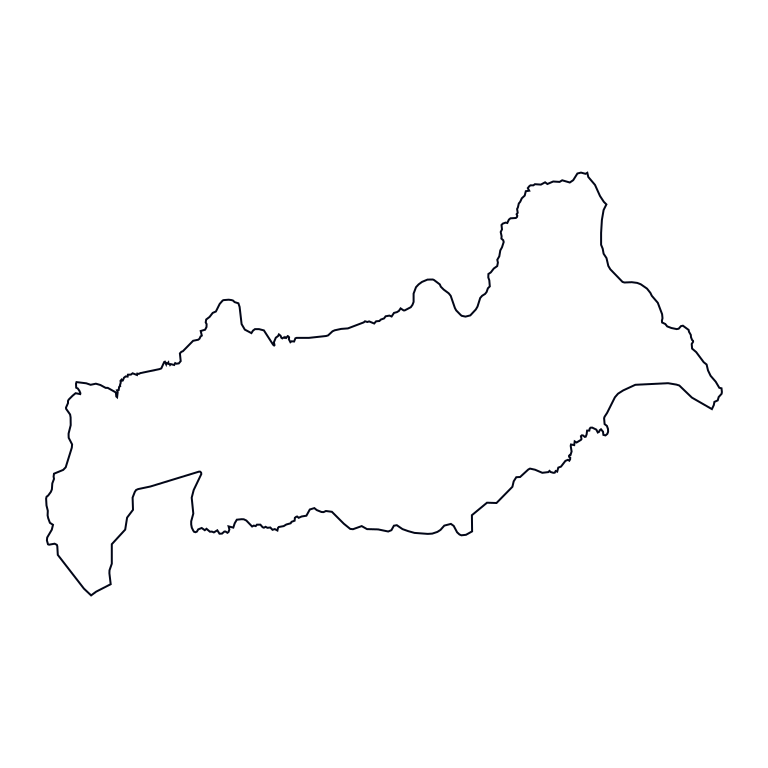 Anouvong, Vientiane, Laos
{"feature_id": "54806243B81229078685154", "entity_name": "Anouvong", "entity_type": "district", "adm_level": 2, "iso_a3": "LAO", "parent_name": "Laos", "parent_adm1": "Vientiane", "projection": "natural_earth1", "projection_center": [103.023, 18.902], "detail": "fine", "context": "isolated", "style": "outline", "palette": "ink", "viewbox_px": 768, "rotation_deg": 0, "n_neighbors": 0, "source": "geoboundaries", "source_scale": "gbopen_adm2", "svg_char_len": 6072}
<svg xmlns="http://www.w3.org/2000/svg" viewBox="0 0 768 768"><path d="M76.5,382.1L76.0,383.7L76.2,387.7L77.8,388.5L79.4,390.8L80.4,393.2L80.2,394.1L75.6,393.2L72.6,395.7L68.7,399.6L68.0,401.0L68.0,403.1L66.0,407.6L66.1,408.8L70.1,414.5L70.6,417.4L70.7,425.2L68.6,433.5L68.6,435.5L68.7,437.8L72.1,444.4L71.8,447.7L65.7,467.3L63.2,469.9L54.0,473.7L53.6,476.6L54.0,478.9L52.3,483.4L51.9,489.3L50.9,491.8L48.2,495.5L46.6,496.7L46.1,498.6L46.5,505.5L47.8,510.8L47.6,515.4L48.2,518.2L49.9,522.8L53.0,524.8L51.8,529.7L47.2,537.5L46.9,540.4L48.0,544.3L49.1,544.7L54.6,543.7L56.8,544.8L57.3,546.2L57.8,554.9L83.9,588.6L91.1,595.4L96.1,591.7L110.7,584.2L109.4,573.3L109.5,570.3L111.8,563.7L111.8,544.2L125.2,529.6L127.1,517.6L133.0,509.8L132.6,497.6L134.8,491.9L136.1,490.0L138.1,489.1L150.4,486.5L199.1,471.6L200.2,471.7L201.1,472.6L201.3,474.1L193.7,490.0L191.7,497.7L193.3,513.6L191.2,521.3L191.2,524.5L191.8,527.7L193.3,530.7L194.1,531.8L195.5,532.2L196.9,531.6L198.2,529.4L201.7,528.0L204.8,530.2L206.5,528.8L209.9,531.7L211.9,531.6L213.9,532.4L217.3,530.3L219.5,533.7L222.0,533.6L224.4,531.5L225.5,531.5L227.4,532.8L228.5,532.0L229.4,529.5L228.6,526.4L233.3,527.6L234.7,523.3L236.8,519.7L241.7,519.2L243.8,519.3L246.3,520.5L252.1,526.5L253.8,525.6L255.7,526.1L256.9,524.7L260.4,524.7L262.6,527.2L263.9,527.7L265.6,526.8L267.4,527.8L270.3,527.5L272.5,529.8L274.8,529.1L277.4,530.5L278.0,527.9L278.8,527.0L283.7,526.1L286.3,524.5L290.6,523.3L291.6,521.8L294.6,520.7L294.9,517.8L296.2,516.8L297.1,516.5L298.7,517.8L301.6,516.5L306.4,515.7L309.8,509.5L314.3,508.1L316.8,510.1L321.5,512.0L323.6,512.1L325.9,511.0L331.9,511.8L343.8,523.7L350.2,528.9L353.0,529.2L361.7,526.1L367.0,529.1L378.1,529.4L388.2,531.5L391.4,530.2L393.9,525.7L396.8,525.2L402.5,529.1L408.1,531.1L414.5,532.9L427.8,533.9L432.3,533.6L437.4,531.9L440.5,529.9L444.3,525.6L450.9,523.9L453.7,525.9L457.1,532.3L459.5,534.5L461.4,535.3L466.0,534.8L472.1,531.4L471.9,515.2L487.0,502.7L496.5,503.0L512.4,486.8L513.7,481.3L516.3,477.2L520.1,477.0L528.3,469.5L530.0,468.6L535.0,469.7L542.3,472.8L548.3,472.1L549.5,470.9L550.6,472.0L553.3,472.8L554.7,472.7L555.7,471.0L557.2,471.6L558.3,467.6L561.0,466.6L565.4,460.9L568.0,459.8L569.3,460.7L570.1,459.4L570.2,457.6L569.1,456.8L569.0,455.9L569.8,454.9L570.5,455.0L571.6,451.5L570.7,445.9L571.0,444.5L574.2,445.1L574.7,441.4L576.6,442.5L580.9,439.9L581.5,439.0L580.9,436.2L581.9,435.3L583.1,435.5L584.8,436.9L585.7,436.7L586.6,434.4L587.1,430.6L589.3,430.6L589.7,428.7L590.5,427.7L592.2,427.6L596.3,429.6L597.8,432.5L599.1,431.8L599.7,430.3L601.0,429.3L603.0,431.7L603.4,434.9L605.5,435.4L607.3,433.9L608.1,431.8L608.0,429.0L606.9,425.9L604.6,424.1L604.1,418.2L604.6,416.7L607.1,412.9L614.9,397.3L618.0,393.7L623.2,390.4L635.3,384.8L668.1,383.2L676.4,384.6L679.3,385.5L691.9,397.6L711.9,409.1L713.8,405.1L714.4,401.9L717.7,400.4L718.7,397.0L721.6,393.8L721.9,392.0L721.5,388.3L719.3,387.8L715.7,381.7L710.6,375.8L708.0,370.4L706.6,364.5L703.7,362.2L696.2,352.1L692.1,348.6L691.7,344.0L693.1,341.8L693.0,340.8L692.1,340.0L691.0,337.2L690.8,334.9L689.0,331.8L688.6,329.9L682.9,325.7L681.0,326.1L678.7,328.7L676.7,329.1L671.4,328.0L667.2,326.4L665.3,324.0L662.1,322.5L661.9,320.7L662.5,318.2L662.1,314.2L657.8,302.8L651.8,295.8L650.4,292.9L647.0,288.6L640.8,284.3L637.2,282.9L631.8,282.2L624.4,282.5L622.5,281.9L610.3,269.3L608.3,265.9L606.5,258.1L603.6,253.7L602.7,248.7L601.1,244.8L601.1,232.9L601.9,219.9L603.6,210.0L606.4,204.4L603.8,201.8L600.0,196.0L595.0,184.9L588.3,177.0L587.3,172.8L585.5,173.8L581.0,172.6L577.4,173.5L573.2,180.2L569.8,182.5L562.2,180.3L559.6,181.9L553.2,181.5L547.4,184.0L545.1,182.3L540.9,184.6L534.9,184.2L533.4,185.3L530.5,185.3L529.3,186.2L527.8,188.1L529.2,190.7L525.8,191.2L524.7,195.6L521.8,198.3L520.2,201.8L518.8,203.5L517.9,207.4L517.1,209.0L517.7,212.8L516.6,214.2L517.3,215.8L516.9,217.1L515.8,218.0L510.5,218.3L508.9,219.6L507.3,223.0L505.6,222.6L502.8,223.6L501.5,225.0L502.0,229.4L500.7,232.0L501.6,236.2L501.4,238.6L503.2,240.2L503.7,242.0L502.0,247.3L500.3,250.4L499.3,256.3L497.3,259.8L497.9,262.6L497.2,266.1L493.8,268.5L490.8,272.4L488.4,274.0L488.3,277.5L489.3,280.3L489.8,286.4L487.9,288.3L486.6,292.0L485.1,293.9L482.1,295.8L480.2,298.0L477.5,306.6L475.8,309.5L470.3,315.4L465.5,316.6L461.7,315.8L460.7,315.0L456.2,310.4L454.9,308.0L450.7,295.8L448.7,293.3L443.7,289.6L440.8,286.7L439.8,284.4L434.0,280.0L432.8,279.5L427.5,279.6L422.0,281.9L418.6,284.4L416.0,287.2L413.6,293.6L413.6,301.9L412.5,304.8L410.8,307.2L404.7,310.4L403.6,310.4L400.6,308.4L398.9,310.9L397.0,312.1L394.0,312.9L391.6,316.5L389.4,315.6L385.6,316.3L384.1,318.4L380.8,319.6L379.4,321.0L376.1,321.3L374.2,323.5L369.1,321.4L367.4,322.0L365.0,321.3L363.7,322.4L347.9,328.4L341.2,328.9L334.7,330.3L332.5,331.3L328.1,335.4L326.1,336.0L308.6,337.9L296.5,337.9L295.4,338.3L294.1,341.5L291.6,341.3L290.4,342.2L288.9,339.3L289.1,337.3L288.2,336.3L287.7,336.1L286.2,337.9L285.1,337.2L284.8,337.9L283.7,337.5L282.3,338.4L281.4,337.8L280.5,335.7L278.9,334.4L278.0,336.1L275.8,337.7L273.9,342.3L274.5,345.1L274.1,345.5L273.1,344.7L263.9,330.4L258.9,329.1L255.0,329.1L253.0,330.6L251.4,333.1L244.8,329.6L241.6,324.1L239.6,306.9L238.4,303.3L234.6,302.1L233.1,300.6L231.6,300.1L228.7,299.7L223.7,300.1L222.7,300.5L219.7,303.9L215.9,311.5L212.7,312.9L209.6,316.9L206.2,319.5L205.7,322.4L206.6,324.1L206.5,327.0L205.1,329.7L200.7,331.0L201.8,335.6L200.6,336.4L199.5,338.7L198.3,339.7L193.1,340.8L182.9,351.2L181.4,351.8L179.9,353.4L180.7,361.1L178.8,363.4L176.4,363.7L175.2,363.1L174.2,365.0L170.8,364.1L170.1,364.9L169.8,364.2L168.5,363.9L168.3,362.5L167.4,363.5L166.4,363.0L166.1,364.2L164.9,361.7L164.2,362.0L161.3,368.4L159.5,369.1L140.4,373.1L138.8,373.9L137.3,373.6L137.0,375.0L132.6,373.3L130.9,374.6L127.9,374.7L127.6,376.6L125.7,376.4L124.0,377.7L122.8,380.5L122.1,380.7L121.5,379.7L120.5,380.8L120.7,382.8L119.9,385.4L120.2,386.1L119.1,387.0L118.7,390.0L117.0,390.3L117.7,392.0L117.1,397.2L116.3,396.5L115.9,392.7L114.9,391.9L107.8,387.9L105.7,387.9L100.4,385.0L95.9,383.7L90.6,384.8L86.3,383.3L76.5,382.1Z" fill="none" stroke="#020617" stroke-width="2"/></svg>